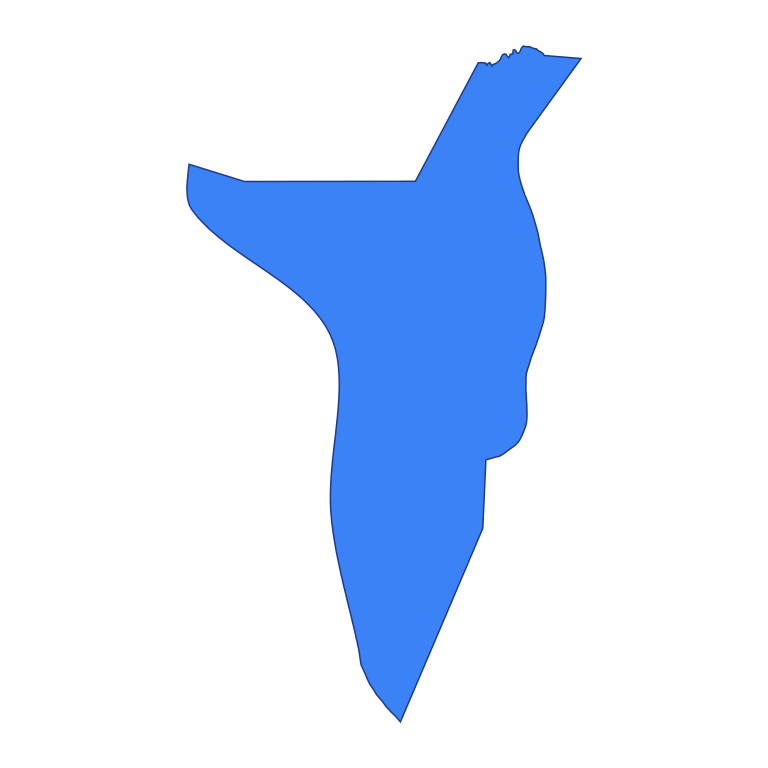 San Blas de los Sauces, La Rioja, Argentina (Equal Earth projection)
{"feature_id": "61730980B47967614400586", "entity_name": "San Blas de los Sauces", "entity_type": "district", "adm_level": 2, "iso_a3": "ARG", "parent_name": "Argentina", "parent_adm1": "La Rioja", "projection": "equal_earth", "projection_center": [-67.15, -28.58], "detail": "fine", "context": "isolated", "style": "filled", "palette": "blue", "viewbox_px": 768, "rotation_deg": 0, "n_neighbors": 0, "source": "geoboundaries", "source_scale": "gbopen_adm2", "svg_char_len": 3900}
<svg xmlns="http://www.w3.org/2000/svg" viewBox="0 0 768 768"><path d="M581.1,58.5L544.0,55.5L543.5,54.2L542.4,53.0L541.7,52.5L540.7,52.1L539.9,51.3L538.6,50.9L537.4,50.0L536.5,48.9L535.2,48.8L533.5,48.2L532.0,47.9L530.9,47.3L529.8,46.7L528.5,46.7L526.6,46.8L525.3,46.5L523.7,46.1L523.5,46.3L523.0,46.3L521.5,47.9L520.9,49.3L520.1,51.3L519.3,52.5L518.8,52.9L517.1,53.1L516.5,52.8L516.3,52.0L516.0,50.9L514.8,49.8L514.1,49.8L513.3,50.0L513.2,50.1L512.9,52.0L512.9,53.9L512.1,54.4L511.2,54.0L510.2,54.4L510.0,55.5L509.2,56.8L508.6,57.7L507.8,57.0L507.0,55.8L506.2,54.4L504.9,53.9L504.2,54.1L503.6,54.2L502.4,55.0L502.2,55.7L501.2,57.1L500.7,58.7L499.6,60.4L498.1,61.8L497.2,62.4L497.0,62.7L496.3,63.1L494.8,63.9L492.9,64.5L492.0,65.9L491.7,65.1L490.9,64.5L490.6,63.5L489.8,62.5L489.0,63.0L488.1,63.4L487.2,65.2L486.3,64.8L486.1,63.5L485.7,63.4L484.9,62.8L484.7,62.7L484.2,62.7L483.3,63.0L483.1,63.0L482.2,62.8L481.5,62.5L479.9,62.8L479.6,62.8L478.3,62.7L454.8,106.9L415.4,181.3L244.4,181.5L189.1,164.3L189.0,165.3L188.4,170.2L187.9,175.0L187.4,179.8L187.1,184.6L187.0,185.9L186.9,189.2L187.1,193.6L187.5,197.9L188.4,201.9L189.6,205.6L191.4,209.0L193.7,212.1L196.2,215.2L198.7,218.2L201.4,221.1L204.1,223.9L206.9,226.7L209.8,229.5L211.7,231.1L212.8,232.2L215.9,234.8L219.1,237.5L222.3,240.0L225.5,242.6L228.8,245.1L232.2,247.6L235.6,250.0L238.4,252.0L239.0,252.5L242.5,254.9L245.9,257.3L249.4,259.7L252.9,262.1L256.5,264.5L260.0,266.9L263.5,269.3L267.0,271.7L270.4,274.1L273.9,276.5L277.3,278.9L280.7,281.4L284.1,283.9L287.4,286.4L290.6,288.9L293.8,291.5L296.9,294.1L300.0,296.7L303.0,299.4L305.9,302.2L308.7,305.0L311.4,307.8L314.1,310.7L316.6,313.7L319.0,316.7L321.3,319.8L323.5,322.9L325.6,326.2L327.5,329.5L329.3,332.9L330.9,336.3L332.4,339.9L333.7,343.6L334.9,347.3L335.9,351.1L336.7,355.0L337.5,359.0L338.0,363.1L338.5,367.2L338.8,371.4L339.1,375.6L339.2,379.9L339.3,384.3L339.2,388.7L339.1,393.1L338.9,397.6L338.6,402.2L338.3,406.8L337.9,411.4L337.5,416.0L337.0,420.7L336.5,425.3L336.0,430.0L335.5,434.8L334.9,439.5L334.4,444.2L333.8,449.0L333.3,453.7L332.8,458.4L332.3,463.2L331.9,467.9L331.5,472.6L331.1,477.3L330.9,481.9L330.6,486.6L330.5,491.2L330.4,495.7L330.4,500.3L330.5,504.8L330.7,509.2L331.0,513.7L331.4,518.0L331.8,522.4L332.4,526.7L332.9,531.1L333.6,535.4L334.3,539.8L335.0,544.1L335.7,548.4L336.5,552.7L337.4,557.0L338.3,561.3L339.2,565.6L340.1,569.9L341.0,574.2L341.9,577.8L343.0,582.8L344.0,587.1L345.1,591.4L346.1,595.6L347.1,599.9L348.2,604.2L349.2,608.5L350.3,612.8L351.3,617.0L352.3,621.3L353.4,625.6L354.4,629.9L355.4,634.2L356.3,638.5L357.3,642.7L358.9,650.2L361.0,664.6L363.0,669.1L364.9,673.2L367.3,679.0L370.1,684.7L373.9,690.2L376.4,694.4L379.6,698.2L382.9,702.1L385.7,706.1L391.2,712.1L396.1,716.9L400.4,721.9L423.5,667.7L425.7,662.5L452.0,600.8L480.4,533.9L482.8,528.2L485.9,459.8L491.8,458.3L495.4,457.0L499.1,456.4L502.5,454.5L505.8,452.2L508.9,449.8L512.1,447.5L515.3,445.2L518.2,442.3L520.4,438.7L522.3,434.9L523.9,430.9L525.5,426.8L526.5,422.6L526.9,418.2L527.0,413.7L526.9,409.1L526.8,404.9L526.5,400.5L526.3,396.1L526.0,391.6L525.9,387.2L526.0,382.8L526.0,378.3L526.3,373.9L527.4,369.7L528.8,365.6L530.1,361.4L531.3,357.2L532.9,353.2L534.5,349.1L536.0,345.1L537.4,341.0L538.8,336.9L540.1,332.7L541.4,328.6L542.7,324.4L543.8,320.1L544.5,315.8L544.9,311.4L545.2,307.0L545.4,302.5L545.6,298.1L545.7,293.7L545.8,289.2L545.8,284.8L545.8,280.4L545.7,275.9L545.3,271.5L544.7,267.2L544.1,262.8L543.3,258.4L542.4,254.1L541.4,249.9L540.4,245.6L539.5,241.3L538.7,237.0L537.8,232.7L536.7,228.4L535.5,224.2L534.3,220.0L533.0,215.8L531.6,211.7L530.1,207.7L528.5,203.7L526.8,199.7L525.1,195.7L523.7,191.6L522.3,187.5L521.0,183.4L519.8,179.1L518.9,174.8L518.3,170.4L518.2,166.0L518.2,161.6L518.3,157.1L518.6,152.7L519.4,148.3L520.9,144.3L522.8,140.5L524.9,136.8L527.0,133.1L552.7,97.6L560.8,86.5L566.0,79.3L581.1,58.5Z" fill="#3b82f6" stroke="#1e3a8a" stroke-width="1.5"/></svg>